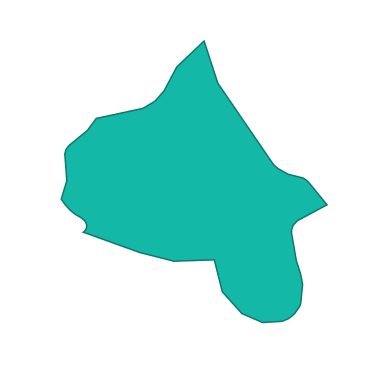 outline of Tower Hamlets, rotated 348°
{"feature_id": "GBR-2077", "entity_name": "Tower Hamlets", "entity_type": "London Borough", "adm_level": 1, "iso_a3": "GBR", "parent_name": "United Kingdom", "parent_adm1": "", "projection": "orthographic", "projection_center": [-0.03, 51.512], "detail": "fine", "context": "isolated", "style": "filled", "palette": "teal", "viewbox_px": 384, "rotation_deg": 348, "n_neighbors": 0, "source": "natural_earth", "source_scale": "10m", "svg_char_len": 748}
<svg xmlns="http://www.w3.org/2000/svg" viewBox="0 0 384 384"><g transform="rotate(348 192 192)"><path d="M77.2,208.7L78.6,208.0L80.2,206.8L81.3,205.1L82.0,203.3L82.1,201.4L81.6,198.8L80.7,197.2L78.9,194.8L73.0,189.4L68.8,184.2L65.3,178.0L62.6,171.8L71.9,154.9L75.5,128.3L77.7,124.1L81.6,120.8L102.5,110.0L113.7,100.1L161.2,100.0L174.6,95.5L185.6,87.4L203.1,66.5L235.2,46.8L239.9,91.0L277.4,182.1L280.8,186.8L289.7,194.6L303.9,201.6L307.6,205.8L321.4,232.6L289.1,242.0L284.0,245.6L281.7,249.3L280.8,253.1L279.8,280.8L281.2,294.9L281.0,305.3L275.1,323.8L273.5,326.3L266.9,332.5L260.0,336.0L253.0,337.2L234.0,334.4L215.5,321.3L200.9,295.9L199.7,263.0L159.9,255.9L128.4,240.4L77.2,208.7Z" fill="#14b8a6" stroke="#0f766e" stroke-width="1.5"/></g></svg>